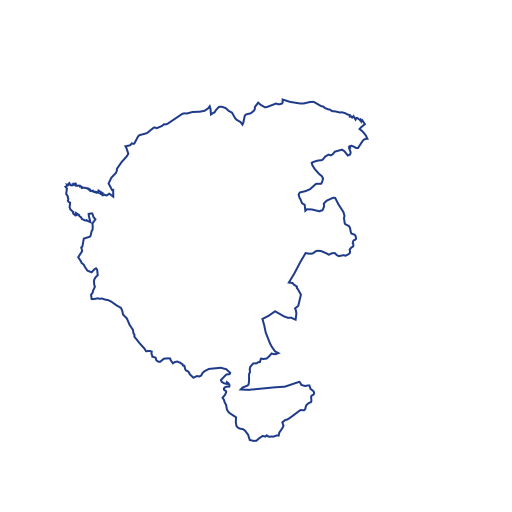 Mixtla de Altamirano, Veracruz, Mexico (Natural Earth projection), rotated 148°
{"feature_id": "50627088B84578837711437", "entity_name": "Mixtla de Altamirano", "entity_type": "district", "adm_level": 2, "iso_a3": "MEX", "parent_name": "Mexico", "parent_adm1": "Veracruz", "projection": "natural_earth1", "projection_center": [-96.977, 18.601], "detail": "fine", "context": "isolated", "style": "outline", "palette": "blue", "viewbox_px": 512, "rotation_deg": 148, "n_neighbors": 0, "source": "geoboundaries", "source_scale": "gbopen_adm2", "svg_char_len": 6134}
<svg xmlns="http://www.w3.org/2000/svg" viewBox="0 0 512 512"><g transform="rotate(148 256 256)"><path d="M283.4,418.0L291.1,420.3L292.8,419.8L299.7,415.8L300.8,416.3L301.6,417.3L304.1,416.6L308.6,418.2L308.7,416.1L310.1,410.4L312.6,409.1L320.1,406.9L327.7,403.7L328.7,402.2L330.5,400.8L337.3,399.0L342.6,395.6L343.1,388.1L342.1,387.7L345.6,382.0L347.4,386.6L350.6,386.5L351.9,388.0L354.0,388.8L353.7,390.0L354.8,390.9L355.0,391.5L352.9,390.8L354.9,395.0L356.4,393.4L357.5,394.9L357.9,394.4L359.2,396.0L359.0,396.3L360.2,397.2L359.8,397.9L362.1,398.9L361.6,400.3L362.4,400.7L362.1,401.2L362.9,401.9L362.6,402.3L365.8,405.2L367.8,406.0L367.6,407.0L367.2,406.9L368.0,408.7L368.4,408.6L368.3,409.0L369.9,410.3L370.4,410.2L371.5,411.1L370.5,412.9L370.7,413.2L371.8,412.2L372.0,413.1L372.5,413.0L372.7,413.7L373.0,413.4L373.6,414.0L374.2,413.2L375.5,414.0L375.9,414.5L375.7,416.8L376.6,416.7L377.9,415.7L378.5,416.5L378.6,415.7L380.9,415.7L380.6,413.4L384.1,409.2L384.0,406.1L384.5,405.7L384.9,403.9L386.2,402.6L386.3,401.4L385.4,399.7L388.3,396.0L388.7,393.9L387.8,390.4L388.5,388.9L387.6,386.0L386.8,385.9L386.0,387.9L384.4,384.8L384.9,384.5L383.8,381.2L384.1,379.8L382.0,376.5L380.7,376.2L380.8,375.8L378.5,372.5L376.6,378.4L375.6,380.4L372.5,379.1L372.4,378.2L373.2,375.0L372.7,372.2L377.4,370.3L378.9,367.4L380.8,364.8L382.2,364.2L385.6,360.8L386.6,360.4L392.8,362.0L398.3,356.0L399.6,355.9L400.8,352.3L407.4,349.2L407.3,344.2L407.6,342.6L406.7,340.1L406.9,336.9L406.7,332.9L404.1,329.3L399.8,330.4L398.2,330.3L398.0,328.5L400.4,323.6L403.3,323.0L405.5,321.8L406.8,320.5L408.4,317.4L408.9,315.3L412.3,313.1L414.2,311.3L416.4,310.6L418.2,306.6L416.7,305.6L412.5,303.9L411.4,302.6L409.2,301.6L406.8,298.7L404.8,297.0L403.0,294.2L400.6,288.4L398.0,283.5L398.5,280.3L399.8,276.8L398.6,271.5L399.7,264.5L399.5,258.7L400.9,255.2L400.8,253.6L401.9,252.0L400.9,243.4L399.7,236.7L399.7,233.5L396.4,231.8L395.1,230.2L396.5,228.4L396.8,226.4L397.3,225.6L395.0,223.0L395.8,220.4L394.8,218.1L393.5,217.1L388.5,217.7L384.8,215.8L383.1,214.5L383.6,212.8L383.3,209.0L381.1,209.1L378.7,208.2L377.0,205.9L375.7,203.0L376.0,201.8L374.9,200.9L376.0,197.7L376.0,196.0L374.7,194.0L374.6,191.9L374.9,191.1L373.6,186.0L369.6,185.4L368.0,183.9L365.8,183.7L363.4,185.1L360.9,185.6L355.8,185.2L345.1,179.9L341.2,175.7L339.8,170.6L340.4,170.0L341.7,170.0L343.4,171.1L344.6,171.1L351.5,169.4L351.8,167.5L350.6,165.1L348.5,162.9L347.5,164.3L346.9,162.8L346.8,161.0L347.2,160.0L347.9,159.4L350.3,160.8L352.0,161.1L353.4,160.7L354.0,159.6L353.1,157.4L353.2,156.5L355.6,154.8L359.5,153.5L359.4,151.0L360.0,149.1L360.3,145.5L362.0,141.2L362.1,139.3L361.8,137.1L358.4,129.7L361.2,125.8L362.7,122.1L362.4,120.3L361.4,118.4L358.7,115.9L357.9,113.9L357.4,108.6L358.8,103.3L356.2,100.6L353.6,99.1L350.3,99.7L345.8,99.9L343.7,97.9L341.9,98.2L341.4,96.7L340.5,95.6L338.6,94.8L337.1,93.6L333.7,92.9L332.0,91.7L329.8,93.9L324.8,96.1L322.7,97.4L321.8,101.0L318.0,101.4L316.3,100.8L313.7,100.7L300.0,101.8L297.0,99.7L295.3,100.1L293.5,102.0L291.8,103.0L289.7,103.3L286.6,103.0L285.8,103.8L283.8,107.5L282.9,108.1L280.7,108.0L279.5,108.7L279.0,110.0L279.0,111.2L280.2,114.3L279.3,117.9L281.2,119.0L283.1,119.6L285.8,122.5L285.7,125.6L286.1,126.4L300.8,129.9L309.3,134.5L333.2,146.4L339.7,150.9L337.1,151.6L331.8,150.6L330.4,151.0L328.4,153.3L324.4,159.6L322.6,160.7L321.4,163.2L319.8,164.9L316.3,166.1L315.2,166.3L312.2,164.6L310.4,164.8L308.9,164.0L306.4,166.2L305.9,166.3L304.5,164.8L301.3,163.4L297.7,164.0L294.5,165.1L293.2,163.6L291.5,162.4L288.5,161.8L290.4,165.0L290.7,170.6L290.4,174.9L288.3,186.0L285.8,192.8L283.9,199.2L277.1,198.6L269.1,199.0L264.3,190.0L261.6,186.6L259.0,185.2L256.2,181.0L252.3,185.7L251.1,188.5L250.6,190.9L246.6,191.3L238.4,199.4L238.1,205.7L238.3,207.4L237.5,208.3L239.2,212.0L239.3,213.7L242.2,216.1L232.5,221.0L221.6,227.4L212.4,232.2L210.1,230.1L207.4,228.4L206.0,228.1L203.0,228.4L201.2,227.9L199.9,227.0L198.1,225.6L194.7,220.7L193.6,218.5L190.2,218.1L188.4,217.2L187.6,216.6L187.0,213.9L185.8,212.0L181.1,210.2L180.0,208.8L176.4,208.5L174.7,208.9L174.0,209.7L173.2,211.8L170.9,212.6L168.8,212.6L168.1,213.0L167.2,214.4L167.2,215.5L165.7,217.1L164.6,217.5L163.0,217.2L162.2,217.5L161.4,218.8L160.9,220.6L161.2,222.0L163.2,224.4L162.8,226.5L161.4,229.9L161.3,232.0L163.4,235.7L163.5,236.5L161.3,241.6L159.7,243.1L158.6,246.9L158.7,256.2L158.1,263.3L159.6,264.4L161.0,264.7L166.1,265.4L167.7,265.3L170.7,264.5L171.9,262.1L174.9,259.8L175.8,259.6L177.1,260.2L178.3,260.1L184.0,265.9L188.0,268.6L190.2,268.2L187.6,273.6L189.0,276.4L188.2,280.7L188.3,282.0L187.4,285.3L186.3,286.2L184.9,286.6L179.7,284.8L174.8,284.0L166.9,285.4L162.6,282.8L160.8,283.6L158.0,286.3L157.9,289.1L159.0,292.1L160.1,298.6L160.1,303.1L159.4,305.5L157.2,305.3L153.1,304.2L149.4,302.4L147.9,302.5L144.8,303.6L141.8,303.6L140.8,303.5L139.2,301.7L137.1,301.6L133.8,302.7L126.7,300.6L125.5,298.0L124.9,292.6L122.8,292.2L121.3,293.1L120.7,294.1L119.9,298.1L118.9,297.9L119.1,299.3L118.7,299.5L116.7,299.0L114.9,296.6L114.0,294.7L112.3,293.5L104.3,297.2L102.6,297.5L100.7,297.1L99.4,296.4L99.0,299.9L99.3,303.0L99.9,306.1L100.9,308.8L98.5,309.5L93.8,310.1L93.9,314.3L94.2,314.1L94.7,315.9L95.6,314.6L95.8,316.2L96.9,319.2L97.7,319.8L99.3,318.9L99.2,322.1L99.5,321.8L99.9,322.8L101.1,322.5L101.4,324.1L102.6,324.5L101.8,325.8L103.3,327.4L104.8,330.0L106.8,332.2L109.0,333.4L112.1,336.6L114.6,338.4L115.9,341.2L117.0,342.0L118.9,344.7L119.5,345.9L119.5,346.7L121.4,348.7L125.0,355.5L125.9,356.5L128.6,358.0L134.6,360.0L137.7,361.9L145.4,368.6L150.5,374.6L152.1,372.0L153.4,371.5L156.3,372.5L158.3,374.7L168.1,376.6L169.7,377.5L172.0,381.8L172.9,384.9L178.1,382.9L178.8,381.7L179.8,380.7L181.5,380.2L184.9,379.8L189.3,381.3L191.1,381.0L196.1,375.8L197.9,374.6L198.1,377.7L200.3,381.9L200.7,383.9L200.4,390.3L202.2,393.4L203.3,397.4L205.2,399.9L206.1,400.8L208.4,402.1L212.3,401.1L215.2,399.7L216.1,400.0L219.2,399.9L216.7,404.7L215.9,407.5L218.1,406.6L222.6,406.4L227.1,408.1L233.6,411.8L238.9,413.4L241.5,415.1L243.2,415.6L261.2,415.0L263.0,415.5L264.2,416.5L266.7,416.1L272.5,417.0L273.9,418.8L275.0,419.0L283.4,418.0Z" fill="none" stroke="#1e3a8a" stroke-width="2"/></g></svg>